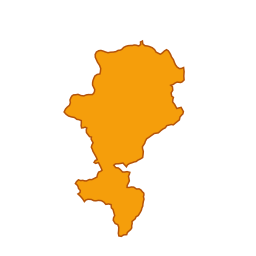 Paraisópolis, Minas Gerais, Brazil (Robinson projection), rotated 317°
{"feature_id": "56859067B39905941746650", "entity_name": "Paraisópolis", "entity_type": "district", "adm_level": 2, "iso_a3": "BRA", "parent_name": "Brazil", "parent_adm1": "Minas Gerais", "projection": "robinson", "projection_center": [-45.837, -22.581], "detail": "fine", "context": "isolated", "style": "filled", "palette": "amber", "viewbox_px": 256, "rotation_deg": 317, "n_neighbors": 0, "source": "geoboundaries", "source_scale": "gbopen_adm2", "svg_char_len": 3238}
<svg xmlns="http://www.w3.org/2000/svg" viewBox="0 0 256 256"><g transform="rotate(317 128 128)"><path d="M197.9,74.2L195.8,73.6L194.1,75.6L191.8,75.3L190.4,72.9L189.1,71.5L187.4,70.6L185.9,69.2L184.4,68.0L182.4,66.9L179.7,66.1L177.6,66.3L175.6,65.9L173.7,64.5L171.3,63.9L169.1,62.5L166.7,60.5L164.7,59.3L163.4,57.1L162.4,55.0L161.1,52.8L159.3,51.5L156.8,50.9L154.2,51.8L152.3,54.0L151.5,56.4L150.6,59.0L149.9,62.9L148.6,65.9L146.1,68.1L144.3,69.3L142.0,67.8L139.3,67.4L137.2,68.2L134.8,69.4L132.9,70.8L131.4,72.4L130.6,74.9L129.9,77.1L128.5,78.4L126.6,79.2L124.7,79.2L123.1,77.8L121.9,76.6L120.2,75.4L117.6,74.4L115.7,72.2L114.4,69.3L112.4,68.0L110.7,66.6L108.9,66.3L107.1,66.8L104.7,67.9L103.0,70.3L100.6,71.5L97.8,71.3L95.3,71.5L92.2,72.7L92.1,75.8L92.7,78.7L94.1,81.2L96.0,83.8L96.5,86.8L97.7,88.3L98.9,90.7L97.3,92.5L95.5,94.1L94.1,96.3L95.5,97.4L97.2,98.1L97.9,99.9L96.2,100.9L94.5,103.0L94.2,105.8L94.0,108.1L95.1,109.7L93.5,110.9L93.0,112.7L92.4,115.0L90.1,115.8L88.1,117.0L87.4,119.2L86.5,121.1L85.9,123.6L85.4,125.6L84.8,128.0L83.9,130.2L81.9,129.4L79.7,130.0L80.2,131.8L82.8,133.1L82.2,135.3L81.3,138.3L80.2,141.2L78.4,141.0L76.5,140.2L74.0,141.2L71.8,142.7L69.4,142.0L66.4,141.1L64.5,139.3L61.6,138.4L60.3,137.2L59.2,135.4L57.5,134.2L56.4,132.1L53.8,132.1L51.6,132.8L51.9,134.8L51.6,136.7L50.6,138.4L50.5,141.2L48.9,142.5L46.4,142.1L46.6,144.7L46.6,147.1L46.4,149.6L45.9,152.1L48.0,151.9L50.1,152.8L52.4,155.2L53.4,157.8L54.8,159.3L57.1,160.8L59.0,163.0L59.8,165.7L59.7,168.7L62.1,170.4L63.4,172.5L61.4,175.0L61.5,177.3L60.2,179.8L58.5,183.0L56.1,183.9L54.3,185.4L53.5,189.1L54.6,191.7L53.6,194.2L51.0,196.8L49.1,198.4L47.7,200.7L49.2,202.7L51.9,203.2L54.3,205.1L56.2,204.0L58.6,204.0L60.6,204.1L62.6,203.6L64.1,201.9L65.8,200.8L67.2,199.1L69.1,199.2L71.4,199.3L73.3,198.4L75.8,199.0L78.0,198.4L79.8,197.9L81.9,197.1L83.7,195.9L85.5,195.2L87.0,193.8L89.0,192.3L91.2,190.9L92.5,188.7L94.0,187.8L95.1,186.4L95.0,184.4L95.2,182.1L94.6,180.1L92.6,178.4L91.9,175.2L90.2,173.4L88.3,172.3L86.8,170.8L88.1,169.5L90.2,168.7L92.9,167.6L94.4,165.3L95.5,163.5L97.3,162.8L99.1,161.7L97.6,159.3L95.5,157.9L94.0,156.4L94.0,153.1L93.7,150.7L92.0,148.6L92.2,145.5L94.4,145.7L96.7,147.7L98.6,149.0L100.4,150.2L100.4,152.9L100.4,155.3L102.4,154.6L104.8,155.0L106.9,156.0L109.5,157.1L111.1,158.1L113.4,158.3L115.9,159.1L118.6,159.6L121.0,157.6L123.2,155.6L124.5,153.1L125.8,151.5L128.0,151.0L129.9,150.5L131.6,149.5L134.3,148.6L137.1,149.1L139.7,149.4L141.7,149.7L143.4,149.9L145.2,151.1L146.8,152.2L148.6,152.3L150.4,152.3L152.9,152.6L155.5,153.3L157.9,152.7L160.3,154.0L162.0,154.9L163.3,156.6L165.7,156.7L168.5,156.9L171.1,157.1L173.5,155.4L176.0,155.1L177.7,155.1L179.7,153.8L180.9,149.1L177.0,147.0L178.2,142.4L178.4,139.4L180.5,137.5L182.1,136.6L181.7,134.5L183.5,131.7L186.5,130.9L188.6,128.2L188.4,125.9L190.6,126.9L193.5,127.3L195.3,128.0L197.5,130.6L199.2,131.2L201.8,131.1L204.2,128.1L207.5,125.0L209.9,121.7L207.7,120.9L206.1,119.6L205.5,116.9L205.8,114.2L206.6,111.8L207.8,109.0L208.3,105.6L209.2,103.4L209.7,101.4L210.1,99.0L209.6,97.0L207.2,96.5L204.1,96.5L201.9,96.1L201.2,94.1L200.3,91.7L200.9,88.7L200.5,85.8L199.3,83.2L198.3,81.5L196.4,79.2L196.2,76.5L197.9,74.2Z" fill="#f59e0b" stroke="#b45309" stroke-width="1.5"/></g></svg>